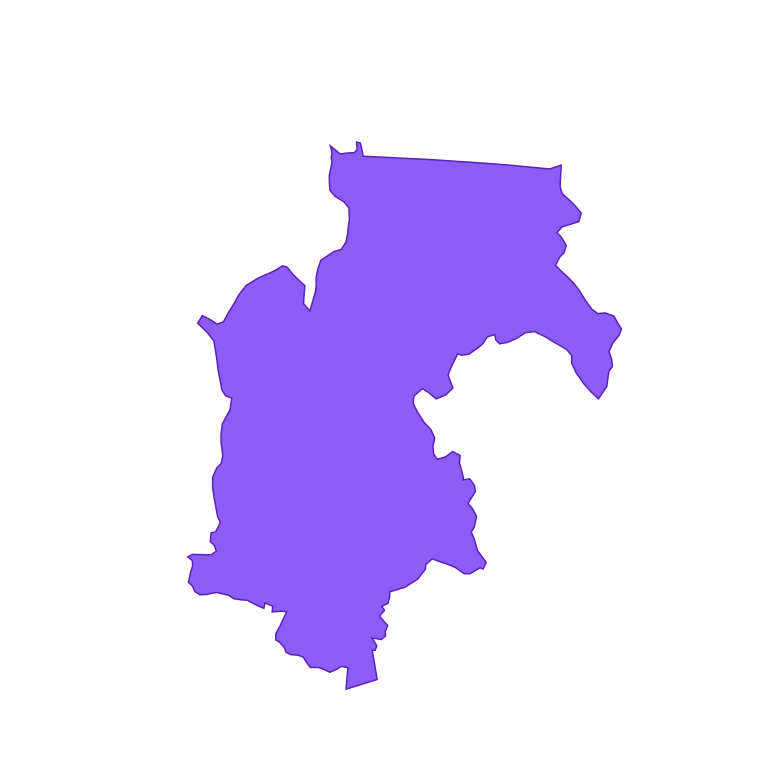 outline of Kuala Terengganu, Terengganu, Malaysia, rotated 302°
{"feature_id": "92858781B69735571651191", "entity_name": "Kuala Terengganu", "entity_type": "district", "adm_level": 2, "iso_a3": "MYS", "parent_name": "Malaysia", "parent_adm1": "Terengganu", "projection": "albers", "projection_center": [103.071, 5.28], "detail": "fine", "context": "isolated", "style": "filled", "palette": "violet", "viewbox_px": 768, "rotation_deg": 302, "n_neighbors": 0, "source": "geoboundaries", "source_scale": "gbopen_adm2", "svg_char_len": 3123}
<svg xmlns="http://www.w3.org/2000/svg" viewBox="0 0 768 768"><g transform="rotate(302 384 384)"><path d="M279.6,566.0L286.8,565.3L292.5,551.2L300.2,542.9L304.7,536.4L310.5,536.4L320.8,532.6L325.3,524.9L327.2,518.5L341.3,518.5L345.8,514.6L349.0,506.9L344.5,501.8L346.5,501.1L350.9,496.6L357.4,489.6L363.8,486.4L363.1,478.0L354.8,474.8L348.4,469.0L350.9,463.3L356.7,458.8L365.1,455.6L370.2,447.9L372.8,438.2L377.9,427.3L383.0,419.0L389.5,415.8L400.4,419.0L400.4,426.0L399.1,436.3L407.4,442.1L417.1,444.6L425.4,433.7L430.5,432.5L448.5,430.5L449.8,435.0L454.3,440.2L464.6,444.6L471.0,446.6L478.7,446.6L484.5,451.7L480.6,455.6L479.3,460.7L484.5,466.5L492.8,472.2L502.4,476.7L508.2,483.8L509.5,495.4L509.5,505.0L510.1,520.4L507.6,528.1L501.2,531.9L495.4,540.9L490.2,553.1L487.0,564.0L485.1,573.7L499.9,574.3L506.9,571.1L514.0,567.9L519.8,568.5L525.6,564.0L530.7,557.6L539.7,556.3L549.3,557.6L556.4,556.3L558.9,551.2L563.4,542.9L561.5,533.9L557.0,528.1L557.6,520.4L561.5,510.8L566.0,501.8L569.8,492.1L571.8,484.4L573.7,474.2L575.6,466.5L585.2,465.8L590.4,467.1L598.1,465.2L602.6,456.2L603.9,450.4L611.6,451.7L625.0,463.2L633.4,460.7L636.0,453.0L637.9,445.3L639.8,434.4L644.9,428.6L663.5,418.3L654.0,410.3L637.2,376.6L628.1,359.0L600.2,306.8L566.1,245.6L571.8,240.3L575.9,236.2L574.7,232.5L568.5,237.0L564.4,236.2L561.2,231.6L559.1,228.8L555.8,225.1L557.5,212.4L552.5,217.4L548.0,219.3L544.1,222.6L531.9,227.1L526.8,230.3L519.7,235.4L517.2,243.1L517.2,254.0L514.6,261.1L505.0,267.5L497.9,270.7L492.8,273.3L484.4,276.5L475.5,276.5L469.7,271.3L455.6,264.9L446.6,266.9L438.2,270.1L431.2,274.6L425.4,277.1L416.4,279.7L406.8,282.3L409.4,273.3L416.4,269.4L425.4,264.9L426.7,257.9L428.6,248.9L431.8,239.9L430.5,235.4L422.8,231.6L415.8,227.1L407.4,221.3L394.6,214.9L382.4,213.6L374.7,214.2L363.1,214.2L351.6,214.9L346.5,211.0L346.5,203.3L345.8,193.7L336.8,193.7L334.3,205.9L330.4,216.8L323.3,223.2L315.0,230.3L307.9,236.0L299.6,243.7L293.2,249.5L290.0,255.9L291.3,262.4L281.0,266.9L264.3,268.1L254.7,272.6L247.6,277.1L242.5,281.6L237.3,285.5L230.3,288.0L224.5,286.7L214.2,288.0L205.9,293.2L197.5,300.2L189.8,307.3L183.4,313.1L179.6,318.8L169.3,319.5L166.1,316.3L158.4,320.1L157.1,325.9L153.3,330.4L147.5,327.8L143.6,321.4L137.9,311.8L133.4,309.2L132.7,315.0L128.2,318.2L122.4,319.5L112.2,323.3L110.9,329.1L107.7,333.6L107.7,339.4L111.5,345.1L115.4,349.0L118.6,352.8L122.4,363.8L122.4,370.8L125.0,376.6L128.2,383.0L128.9,393.3L130.1,401.0L135.3,399.1L136.6,407.4L131.4,410.0L137.2,417.7L139.1,422.2L123.1,424.1L114.7,424.7L109.6,427.9L109.6,432.4L107.7,438.9L104.5,443.3L105.1,448.5L108.3,454.3L109.6,460.0L106.4,467.1L104.5,471.6L108.9,478.7L110.2,485.1L110.9,490.9L117.3,495.3L121.8,497.3L124.3,503.7L105.1,513.5L126.8,532.2L129.8,534.8L152.0,515.1L153.6,517.6L158.2,516.7L162.3,508.5L166.0,517.2L171.3,518.8L174.6,516.3L181.2,515.1L182.8,509.3L184.9,503.2L192.3,504.4L194.3,499.9L200.1,503.6L206.6,501.5L210.8,499.1L216.5,504.0L222.7,509.4L236.2,515.9L249.0,517.2L253.1,515.1L261.3,517.6L262.9,525.4L265.0,534.0L266.2,541.8L265.6,552.5L268.8,557.6L279.0,562.8L279.6,566.0Z" fill="#8b5cf6" stroke="#5b21b6" stroke-width="1.5"/></g></svg>